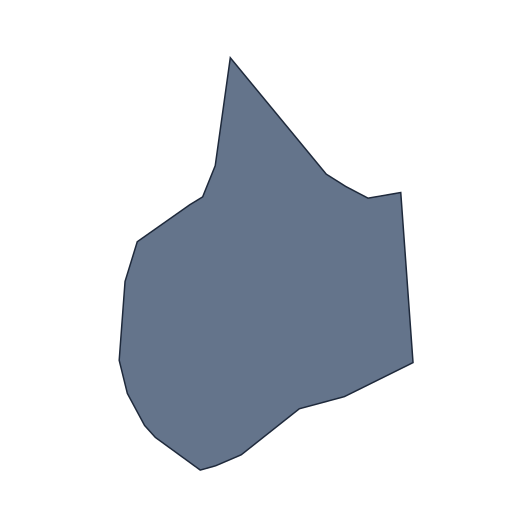 the Municipality of Markovci, rotated 79°
{"feature_id": "SVN-272", "entity_name": "Markovci", "entity_type": "Municipality", "adm_level": 1, "iso_a3": "SVN", "parent_name": "Slovenia", "parent_adm1": "", "projection": "robinson", "projection_center": [15.962, 46.391], "detail": "fine", "context": "isolated", "style": "filled", "palette": "slate", "viewbox_px": 512, "rotation_deg": 79, "n_neighbors": 0, "source": "natural_earth", "source_scale": "10m", "svg_char_len": 421}
<svg xmlns="http://www.w3.org/2000/svg" viewBox="0 0 512 512"><g transform="rotate(79 256 256)"><path d="M332.3,410.2L256.0,389.4L219.3,369.8L193.0,311.1L187.8,297.1L159.6,278.8L56.5,243.4L189.1,171.4L204.9,154.6L220.6,135.0L221.3,101.8L390.6,122.2L410.9,196.1L414.2,242.6L448.3,308.4L454.2,335.6L455.5,351.6L414.9,389.4L401.1,397.7L366.4,408.5L332.3,410.2Z" fill="#64748b" stroke="#1e293b" stroke-width="1.5"/></g></svg>